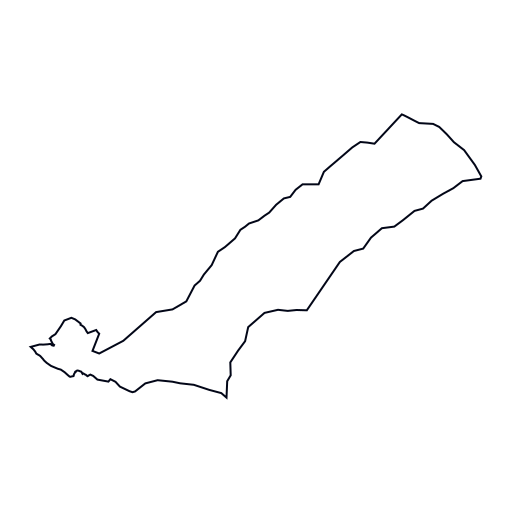 the district of Adavi, Kogi, Nigeria
{"feature_id": "59680162B7261312330016", "entity_name": "Adavi", "entity_type": "district", "adm_level": 2, "iso_a3": "NGA", "parent_name": "Nigeria", "parent_adm1": "Kogi", "projection": "albers", "projection_center": [6.354, 7.693], "detail": "fine", "context": "isolated", "style": "outline", "palette": "ink", "viewbox_px": 512, "rotation_deg": 0, "n_neighbors": 0, "source": "geoboundaries", "source_scale": "gbopen_adm2", "svg_char_len": 2025}
<svg xmlns="http://www.w3.org/2000/svg" viewBox="0 0 512 512"><path d="M132.5,392.2L135.0,391.5L145.3,383.4L157.6,380.2L172.4,381.7L180.1,383.3L193.8,384.8L209.3,389.9L221.3,393.1L226.5,397.6L227.2,381.2L230.7,375.3L230.3,362.4L238.1,350.6L245.1,341.2L248.2,327.1L264.5,312.9L278.0,309.8L287.7,310.9L296.6,310.0L306.8,310.3L339.9,261.9L353.9,251.0L363.2,248.6L371.0,237.6L381.9,228.2L394.3,226.6L402.8,220.3L414.5,210.9L423.0,208.6L431.6,200.7L443.2,193.7L453.3,188.2L462.6,181.1L480.5,178.7L481.3,176.4L474.9,165.0L464.1,150.1L453.9,142.2L446.9,134.4L439.3,127.0L433.1,123.9L419.1,123.1L414.2,120.6L407.7,117.2L403.7,115.2L401.8,114.4L374.5,143.7L367.3,142.6L360.4,142.0L352.3,147.4L340.8,157.3L329.3,167.1L323.9,171.8L318.6,184.3L302.6,184.3L295.6,189.8L290.2,196.9L283.9,198.4L276.2,204.7L269.2,212.6L264.5,215.7L258.3,220.4L249.0,223.5L245.1,226.7L240.4,229.8L235.0,238.4L224.9,247.1L217.9,251.8L211.7,265.1L203.9,274.5L200.0,280.8L194.6,285.5L186.3,301.4L172.5,309.4L156.1,312.1L123.3,340.8L99.2,353.5L92.5,350.9L99.2,333.7L97.6,332.1L96.2,330.0L87.8,333.1L86.5,331.3L85.5,329.3L84.1,327.2L82.2,325.7L80.5,324.8L80.6,323.5L75.2,319.4L71.4,317.8L64.3,320.5L60.9,326.2L55.4,334.2L51.9,336.4L49.8,338.5L50.8,339.5L50.9,340.3L52.9,344.1L54.1,344.9L53.7,345.7L52.2,345.4L50.4,343.9L47.6,344.3L43.4,344.6L39.6,344.5L30.7,346.9L32.9,348.9L33.4,349.3L35.2,351.6L36.3,353.6L38.1,354.7L38.9,355.1L40.1,355.9L40.8,356.6L41.5,357.4L42.3,358.3L42.9,358.9L43.6,359.9L44.6,361.0L45.4,361.7L46.7,362.9L51.0,365.9L55.5,367.8L57.9,368.8L60.8,369.6L64.6,372.2L67.7,375.0L68.4,375.6L69.6,376.6L70.3,376.8L71.5,376.5L72.4,376.3L73.5,376.1L73.7,375.7L73.9,374.4L74.2,373.9L74.4,373.5L75.0,372.5L75.6,372.0L75.4,371.6L77.2,370.5L78.6,370.7L80.1,371.3L81.3,371.7L82.5,373.8L83.0,373.3L83.8,373.7L84.8,374.4L85.7,374.7L86.3,375.2L86.6,375.6L87.0,375.7L87.3,376.0L87.6,376.2L89.3,375.1L90.3,374.6L93.2,375.9L97.4,379.6L108.4,381.6L110.4,379.2L115.5,381.8L119.9,386.6L129.5,391.2L132.5,392.2Z" fill="none" stroke="#020617" stroke-width="2"/></svg>